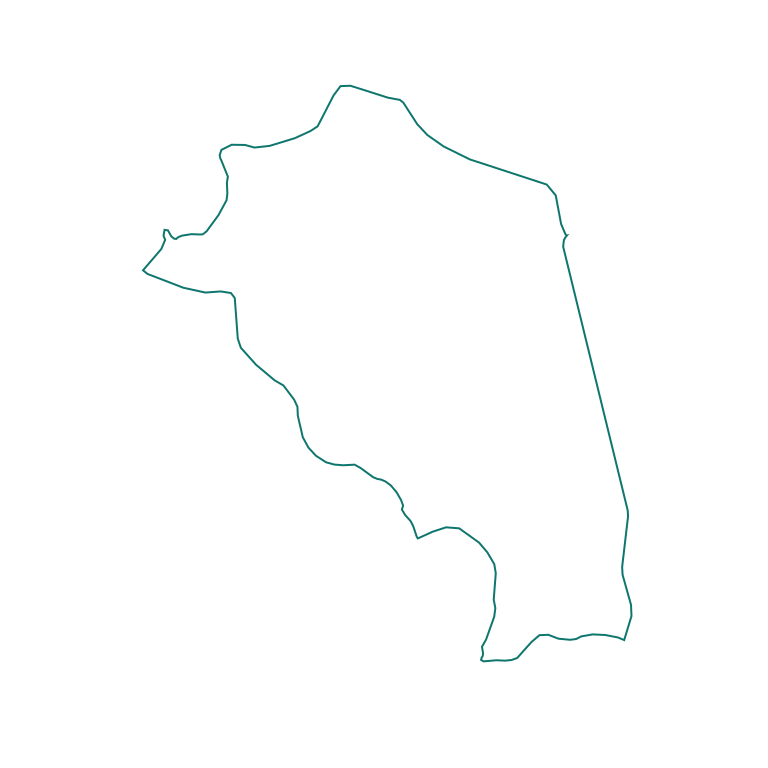 SVG path tracing the border of Semnan, rotated 258°
{"feature_id": "IRN-3215", "entity_name": "Semnan", "entity_type": "Province", "adm_level": 1, "iso_a3": "IRN", "parent_name": "Iran", "parent_adm1": "", "projection": "natural_earth1", "projection_center": [54.411, 35.84], "detail": "fine", "context": "isolated", "style": "outline", "palette": "teal", "viewbox_px": 768, "rotation_deg": 258, "n_neighbors": 0, "source": "natural_earth", "source_scale": "10m", "svg_char_len": 1661}
<svg xmlns="http://www.w3.org/2000/svg" viewBox="0 0 768 768"><g transform="rotate(258 384 384)"><path d="M261.1,377.4L266.8,376.6L275.5,373.8L283.5,369.5L288.4,365.1L291.1,361.3L292.5,357.8L295.1,354.0L306.7,343.6L311.2,338.5L313.0,327.2L315.5,318.7L319.5,311.0L328.0,302.5L337.4,296.9L348.8,293.5L370.9,293.1L379.7,294.6L387.5,292.8L403.5,285.3L410.4,277.7L429.5,262.8L449.2,251.5L458.8,250.4L499.1,255.9L504.8,253.2L508.5,243.5L510.6,228.2L519.9,207.7L540.7,175.7L545.3,171.9L562.4,194.3L570.5,199.9L574.9,199.2L580.4,201.4L579.2,204.6L572.7,206.6L569.8,208.9L569.1,210.9L569.8,212.1L570.5,213.6L571.1,217.3L570.6,226.8L568.5,235.1L568.1,237.9L570.3,242.3L583.7,257.3L596.5,268.2L602.9,270.4L613.6,272.2L619.3,274.4L636.4,271.4L638.6,270.8L642.2,270.9L646.8,273.7L649.7,284.7L646.7,297.8L642.2,306.5L640.7,321.7L643.0,348.0L646.8,364.9L649.9,372.7L676.9,394.8L684.4,403.4L682.7,413.2L663.3,447.3L658.6,458.6L655.2,461.4L631.3,470.5L618.5,478.2L603.9,491.8L585.8,514.7L545.3,584.6L532.8,591.2L503.7,590.5L493.2,592.5L491.2,593.4L491.2,593.7L490.2,592.4L487.4,589.9L481.1,587.8L209.7,596.1L203.8,595.2L155.5,578.9L147.8,577.7L116.6,579.7L105.5,577.8L83.6,565.7L87.4,560.2L92.5,548.2L95.7,536.0L96.1,524.5L94.6,518.9L95.1,512.9L98.6,501.7L104.5,492.6L106.0,483.9L100.9,474.5L88.3,457.3L87.5,451.3L88.2,445.0L90.4,436.5L92.0,423.7L93.9,421.6L96.0,422.6L97.4,424.0L99.8,424.9L106.6,425.2L112.8,430.7L133.4,443.4L141.6,446.3L150.3,446.5L175.7,454.0L184.9,454.4L197.8,450.1L209.1,444.0L227.2,427.5L230.9,414.9L229.4,400.8L225.9,385.0L227.6,384.3L239.1,383.0L244.4,381.5L251.6,377.4L257.5,375.4L261.1,377.4Z" fill="none" stroke="#0f766e" stroke-width="2"/></g></svg>